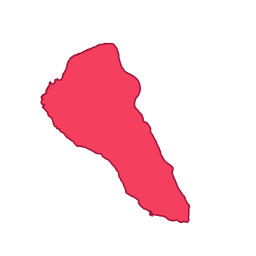 Atauro, Dili, East Timor (Albers equal-area conic projection), rotated 113°
{"feature_id": "22284137B11289182458696", "entity_name": "Atauro", "entity_type": "district", "adm_level": 2, "iso_a3": "TLS", "parent_name": "East Timor", "parent_adm1": "Dili", "projection": "albers", "projection_center": [125.573, -8.218], "detail": "fine", "context": "isolated", "style": "filled", "palette": "rose", "viewbox_px": 256, "rotation_deg": 113, "n_neighbors": 0, "source": "geoboundaries", "source_scale": "gbopen_adm2", "svg_char_len": 5698}
<svg xmlns="http://www.w3.org/2000/svg" viewBox="0 0 256 256"><g transform="rotate(113 128 128)"><path d="M189.5,36.0L188.8,36.1L185.9,37.8L184.4,38.1L181.9,39.0L180.1,39.8L179.0,40.5L178.4,40.6L178.0,40.4L176.9,40.7L176.0,41.3L175.7,41.1L175.3,41.7L174.9,42.1L174.8,42.6L174.2,43.4L173.9,44.2L171.4,47.2L170.8,47.8L170.1,48.1L169.9,48.6L168.9,49.4L168.5,50.9L167.9,51.9L164.5,57.1L162.1,60.0L159.0,63.0L154.8,67.4L152.5,69.5L151.3,70.2L150.2,70.5L149.5,70.2L149.2,70.1L147.0,71.2L146.6,71.9L145.9,73.8L144.6,79.5L143.8,81.4L142.4,83.7L140.0,86.8L138.7,88.0L136.3,89.7L136.0,90.2L134.6,91.4L131.3,95.3L129.6,96.7L127.6,99.5L124.6,103.0L123.1,105.6L122.6,105.9L121.3,106.3L119.8,107.0L118.3,108.5L116.6,111.2L115.9,112.6L115.8,113.4L115.9,114.9L115.6,116.3L115.4,116.7L114.9,117.0L114.4,117.2L113.2,117.9L111.9,119.2L111.5,119.4L110.8,120.1L110.3,121.1L109.8,121.8L109.3,123.5L107.9,125.7L106.4,129.2L105.7,129.8L105.2,130.4L104.6,130.9L103.5,131.2L102.8,131.6L101.5,132.0L99.8,132.3L97.9,132.3L96.2,132.1L95.2,131.4L94.6,131.5L91.5,131.2L88.7,131.6L87.8,131.8L85.3,133.0L83.1,134.5L82.0,135.5L80.3,137.5L79.6,138.8L78.7,141.1L78.4,142.2L78.2,142.5L78.3,142.8L77.9,144.7L77.8,147.0L77.6,147.4L77.7,148.0L77.6,149.5L77.1,153.1L76.2,154.7L75.0,156.3L74.4,157.6L68.4,162.8L67.0,163.7L66.7,164.1L66.1,164.5L65.8,164.5L65.0,164.7L65.0,164.8L63.8,165.4L59.9,168.7L59.2,169.4L59.0,169.5L57.4,172.4L57.0,172.9L56.5,174.3L56.7,175.1L56.6,175.4L57.2,177.3L57.6,177.9L57.9,178.9L58.4,179.5L58.4,180.0L58.6,180.4L58.8,181.0L59.0,181.3L59.4,181.5L59.5,181.8L59.3,181.8L59.4,182.4L59.6,182.4L60.0,182.7L59.8,182.8L59.9,183.0L60.5,183.4L61.2,184.4L62.3,186.9L63.4,187.7L63.7,188.0L63.8,187.9L64.2,188.0L64.3,188.4L64.8,188.7L64.7,188.8L65.3,189.1L67.0,190.7L67.3,191.2L67.2,191.4L67.6,191.7L67.7,192.0L68.4,192.2L68.8,192.6L69.6,193.0L70.0,193.6L70.0,193.8L70.1,193.7L70.8,194.5L71.0,194.5L71.4,195.1L71.3,195.3L72.0,195.9L71.9,196.0L72.2,196.2L72.5,196.2L72.5,196.4L72.8,196.4L72.8,196.6L73.0,196.8L73.1,196.7L73.2,197.0L73.7,197.3L73.7,197.5L73.8,197.5L74.0,197.7L74.9,198.4L75.7,199.2L76.1,199.3L76.9,200.2L77.2,200.2L78.2,201.5L78.7,201.8L78.7,202.4L79.3,202.9L79.5,202.8L79.6,203.2L80.0,203.4L80.7,203.3L80.9,203.5L80.8,203.9L81.0,204.2L81.2,204.3L81.4,205.0L82.6,206.0L83.5,206.7L83.9,207.0L85.4,207.7L85.4,207.9L86.9,208.4L88.6,208.6L89.6,208.9L91.4,209.0L92.9,208.9L93.9,208.6L94.1,208.4L94.3,208.5L95.9,208.2L96.6,208.1L99.5,208.0L100.5,208.3L100.9,208.2L101.1,208.3L101.7,208.1L101.9,208.3L103.0,208.6L103.2,208.9L103.4,209.0L103.9,208.9L104.2,208.6L105.3,208.7L106.5,208.1L106.6,208.3L108.0,208.2L108.9,208.3L109.7,208.6L110.2,209.1L110.9,210.1L110.9,211.2L110.8,211.5L111.0,212.0L110.8,212.2L111.2,212.2L111.2,212.5L111.6,212.7L111.5,213.1L111.9,213.5L111.9,213.8L112.5,213.9L113.2,213.6L114.3,213.5L114.8,213.2L115.9,213.6L116.3,213.8L116.8,214.6L116.9,216.2L116.6,217.3L116.3,217.2L116.0,217.2L115.9,217.4L116.1,217.5L116.9,217.8L117.8,217.8L118.1,217.6L118.3,217.2L119.1,216.9L119.2,217.2L119.7,217.2L119.9,217.0L120.2,217.2L120.7,217.2L121.0,217.3L121.1,217.6L121.5,217.7L121.8,217.4L122.7,217.5L123.0,217.8L123.3,217.4L123.9,217.4L124.1,217.5L124.1,217.9L124.5,218.1L124.8,217.8L126.3,217.8L126.2,217.5L126.7,217.1L127.8,217.1L128.3,217.2L128.7,217.4L129.1,217.7L129.1,218.1L129.6,218.0L130.4,218.3L130.7,218.8L130.6,219.1L131.5,219.1L131.4,219.2L131.6,219.3L131.6,219.5L132.1,219.3L132.3,219.5L132.7,219.5L132.9,219.9L133.3,220.0L134.1,219.5L134.2,218.7L135.0,218.0L135.5,218.4L136.5,218.0L137.9,218.1L138.7,217.9L139.0,217.4L139.6,216.3L139.6,216.0L139.1,214.9L139.4,214.6L139.6,213.9L140.0,214.0L140.4,214.4L140.5,214.6L141.4,215.0L142.4,214.4L142.6,214.1L142.8,213.4L142.7,213.1L142.9,212.7L143.0,212.4L143.5,211.7L143.9,210.4L144.5,209.5L145.1,208.2L147.7,206.1L148.1,205.1L148.1,203.3L148.3,202.9L148.9,202.4L149.2,201.8L150.8,200.0L152.0,199.0L153.0,198.5L154.4,196.8L154.9,196.4L155.2,195.8L155.0,194.3L156.0,193.5L156.3,192.7L156.0,191.7L155.8,191.2L155.6,190.9L155.8,190.5L156.5,190.3L157.1,189.5L157.6,188.6L157.6,187.8L157.8,187.4L157.6,186.7L158.0,185.2L158.6,183.7L160.0,181.8L160.6,180.3L160.9,177.6L161.6,175.6L161.8,173.8L162.0,172.8L162.3,172.2L163.1,171.4L163.3,170.6L163.9,169.5L164.6,167.5L164.5,167.1L164.1,166.6L163.6,165.2L162.4,159.7L162.7,157.0L162.8,153.0L163.7,147.2L163.5,146.3L162.7,143.9L162.5,142.2L162.6,141.8L164.1,140.5L164.9,136.5L165.1,133.6L165.3,132.6L165.6,132.3L166.2,130.6L167.8,128.2L168.9,125.2L170.0,123.9L170.5,122.9L170.9,122.8L171.6,121.4L172.7,119.3L174.1,118.6L174.6,118.5L175.1,117.8L175.9,117.3L176.6,117.1L177.7,114.7L178.8,114.2L179.6,112.8L180.1,111.7L180.4,111.5L181.0,110.5L181.2,110.3L181.8,110.2L182.8,109.4L184.7,106.8L185.8,106.3L186.7,105.1L187.3,105.0L187.5,105.2L188.5,104.1L188.5,103.8L188.8,102.2L189.0,100.1L189.3,98.5L189.2,97.2L189.3,95.6L189.7,92.8L190.2,90.9L190.9,89.7L191.3,89.5L192.0,89.4L193.0,89.1L193.4,88.0L194.3,87.0L194.4,86.4L195.1,85.1L195.6,83.0L196.1,82.2L196.2,81.6L195.7,80.4L195.7,79.8L196.1,77.7L196.1,76.5L196.5,75.9L196.6,75.6L196.4,75.0L196.1,74.7L196.0,75.0L195.7,75.0L195.7,74.3L196.1,73.8L196.2,74.0L196.0,74.4L196.5,74.3L196.3,73.9L196.5,73.8L196.6,73.4L196.9,72.9L197.3,73.0L197.0,73.5L197.3,73.4L197.3,73.6L197.5,73.7L197.6,74.2L197.9,74.0L198.3,74.2L198.7,74.2L198.9,74.4L199.3,74.2L199.2,72.9L199.5,72.3L199.2,71.4L198.9,71.6L198.3,71.6L198.0,71.4L197.8,70.9L196.6,66.3L196.3,64.4L195.3,61.2L195.5,59.0L195.3,57.5L195.7,57.3L196.1,55.9L196.4,55.5L196.5,53.1L196.2,51.7L195.9,51.2L195.7,50.1L194.8,48.6L194.0,47.9L193.6,47.1L194.3,44.2L194.2,42.4L193.9,41.7L192.2,40.1L192.3,39.6L191.7,38.6L191.9,37.7L191.6,36.7L190.9,36.2L189.5,36.0Z" fill="#f43f5e" stroke="#9f1239" stroke-width="1.5"/></g></svg>